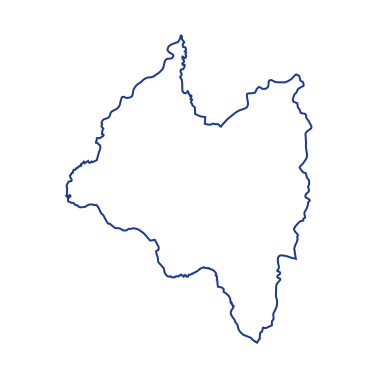 Wiang Chai, Chiang Rai, Thailand (Robinson projection), rotated 354°
{"feature_id": "78962969B32400228790118", "entity_name": "Wiang Chai", "entity_type": "district", "adm_level": 2, "iso_a3": "THA", "parent_name": "Thailand", "parent_adm1": "Chiang Rai", "projection": "robinson", "projection_center": [99.97, 19.862], "detail": "fine", "context": "isolated", "style": "outline", "palette": "blue", "viewbox_px": 384, "rotation_deg": 354, "n_neighbors": 0, "source": "geoboundaries", "source_scale": "gbopen_adm2", "svg_char_len": 5973}
<svg xmlns="http://www.w3.org/2000/svg" viewBox="0 0 384 384"><g transform="rotate(354 192 192)"><path d="M240.9,348.7L243.3,345.6L244.1,345.0L244.3,342.6L245.2,339.0L246.6,338.5L247.2,337.8L248.3,334.6L249.0,334.3L250.1,335.0L251.7,334.9L257.4,333.0L257.7,332.4L257.7,330.3L258.0,329.1L258.5,328.3L259.8,327.0L260.1,321.6L263.4,316.4L264.4,314.2L264.9,312.2L265.3,308.5L264.5,304.5L265.9,294.1L267.0,291.9L269.5,289.7L270.7,288.3L270.5,287.4L268.3,286.1L267.9,285.2L268.3,284.2L270.4,283.1L271.0,282.4L271.1,281.6L270.7,280.6L268.8,279.7L268.5,279.2L269.9,277.6L270.5,276.3L270.6,274.8L270.2,271.9L270.2,268.5L270.8,266.2L271.9,264.9L272.8,264.4L275.0,264.4L279.5,265.7L284.0,267.8L288.3,269.3L287.9,263.3L288.0,261.3L287.7,260.0L287.7,259.0L289.1,255.7L291.0,252.7L292.0,250.2L292.0,247.6L292.8,246.0L292.5,245.0L290.2,241.9L289.5,239.8L289.6,239.2L291.7,236.5L294.6,233.8L296.8,232.4L299.6,232.0L300.1,230.0L301.8,229.3L301.5,225.2L301.7,224.0L303.9,221.1L305.9,217.1L306.4,214.5L308.2,212.9L308.2,212.3L307.4,211.2L304.4,209.2L304.3,208.1L304.9,206.2L307.8,204.1L308.4,203.1L308.5,201.8L307.9,198.9L309.3,196.6L309.6,192.8L307.7,189.4L307.1,185.1L304.4,183.9L302.0,180.0L301.6,178.9L302.0,178.0L305.3,175.3L309.5,170.4L310.4,166.6L310.1,163.5L310.0,158.4L310.6,154.7L310.9,146.2L311.2,145.4L312.8,143.7L317.1,141.2L317.5,140.4L317.6,139.0L315.5,133.8L313.4,130.2L313.6,127.9L313.4,127.1L312.2,125.9L309.0,125.0L308.3,124.5L307.8,121.7L306.1,118.8L306.0,114.7L302.6,113.0L302.0,112.1L301.9,111.2L302.5,109.0L303.8,106.1L306.3,103.8L308.2,100.7L308.9,100.2L314.0,98.1L314.2,97.4L314.1,95.1L313.6,94.0L312.0,93.1L311.4,92.4L310.8,87.8L308.0,86.0L306.7,86.5L303.4,89.5L301.8,90.5L299.0,91.8L295.9,92.7L287.6,91.7L286.4,91.3L283.0,89.2L281.8,88.9L280.7,89.1L279.8,90.2L279.1,94.3L278.7,95.3L276.7,96.8L275.6,97.0L272.7,96.8L271.1,95.2L269.2,94.6L267.0,96.6L265.6,99.1L264.9,99.8L261.9,100.1L258.8,99.8L257.0,100.2L256.6,101.9L257.0,110.0L256.5,111.7L255.7,113.2L253.7,114.4L247.5,115.8L243.6,117.6L234.8,123.3L228.9,128.5L227.8,130.0L226.8,129.6L226.0,128.1L224.2,127.1L222.5,127.1L220.0,126.2L217.3,127.0L213.8,126.3L211.8,125.4L212.3,123.6L213.0,118.8L209.0,117.9L206.9,116.9L203.3,114.7L203.7,108.3L203.4,107.7L202.2,106.7L201.3,105.5L201.4,104.7L200.3,102.5L201.1,100.9L201.8,100.4L201.3,99.7L200.6,99.8L200.2,99.5L200.4,98.7L201.1,98.1L201.4,96.1L200.9,95.9L200.0,96.1L199.9,94.9L199.0,94.2L199.0,92.9L198.3,91.4L197.5,92.3L195.6,93.2L194.3,92.6L193.0,90.6L193.7,81.6L193.5,80.2L193.7,79.4L192.2,76.7L192.5,75.9L193.6,75.0L194.0,74.2L193.9,72.9L193.2,71.4L193.2,70.6L193.7,69.1L196.1,68.9L197.8,66.5L197.9,64.8L196.2,64.6L195.8,64.0L195.9,63.1L197.3,62.3L197.8,61.0L197.6,59.9L196.6,59.1L196.7,57.8L196.3,57.1L196.9,56.3L198.8,58.0L199.5,57.9L200.5,56.3L199.9,54.7L200.2,53.6L200.8,52.9L199.5,51.5L200.9,50.4L200.7,48.0L200.0,47.2L198.5,46.9L198.1,45.3L198.4,43.8L199.7,42.5L199.8,41.9L198.0,39.1L197.9,38.0L198.2,36.0L197.9,35.4L197.0,35.3L196.5,37.6L194.0,41.2L186.3,43.3L184.3,44.6L183.1,46.1L182.5,47.8L182.9,49.4L184.4,51.1L187.3,53.2L187.7,54.3L187.6,55.1L186.1,56.7L184.0,57.1L181.2,56.9L179.5,58.0L178.6,59.4L176.4,65.4L175.6,66.7L174.4,67.8L171.5,70.0L165.8,73.1L163.5,73.6L160.3,73.5L157.2,74.3L155.5,75.2L152.5,77.5L149.1,79.2L147.4,80.5L144.6,83.9L143.1,88.9L142.4,90.3L141.6,91.0L139.7,91.6L136.9,91.7L133.7,90.1L132.6,90.2L131.9,91.0L131.0,92.9L129.3,97.8L128.1,99.7L126.1,101.4L120.4,103.6L119.2,105.1L118.1,107.8L116.8,109.1L115.9,109.6L111.7,110.6L110.7,111.3L109.2,113.5L109.7,115.0L108.8,117.4L110.5,119.6L109.4,121.1L109.3,122.4L108.6,123.5L108.6,125.1L109.9,125.6L110.0,126.5L109.5,127.0L105.7,128.9L103.2,128.4L102.8,128.9L102.7,130.5L101.8,131.9L101.7,133.0L103.1,133.4L104.4,135.2L105.3,135.8L105.6,137.2L105.3,139.1L103.0,144.2L100.6,150.4L96.3,151.9L95.3,151.2L95.0,151.7L93.0,152.3L91.9,150.2L89.2,151.8L88.3,152.1L88.1,151.2L87.6,151.0L87.5,150.6L86.0,152.1L84.9,152.4L84.5,152.8L84.7,153.8L84.2,154.4L83.6,154.2L83.2,154.7L82.2,154.6L81.1,155.9L79.6,156.1L79.1,156.5L79.0,157.1L77.8,157.8L76.6,157.5L76.0,158.5L75.5,160.4L74.3,160.6L73.6,161.9L72.4,162.8L72.5,164.7L73.6,167.0L73.4,168.2L73.0,168.5L70.6,168.7L68.5,171.3L67.8,173.2L68.3,174.4L67.3,181.3L67.2,181.9L66.4,182.7L67.2,183.7L69.8,182.3L70.4,182.5L70.7,183.1L70.6,183.7L67.9,185.4L67.8,188.2L71.0,190.2L72.7,190.4L73.3,190.8L74.1,192.3L75.5,193.0L76.2,193.0L78.4,195.3L80.5,195.7L84.1,195.6L86.7,194.3L88.9,193.7L91.5,194.0L93.5,194.8L95.8,195.1L97.4,197.8L99.2,203.2L101.5,206.1L103.3,210.8L105.1,214.4L105.8,214.9L107.4,215.2L108.3,216.5L111.9,219.9L115.5,220.4L117.3,221.2L119.2,222.8L121.2,223.3L122.8,223.3L125.0,222.1L127.4,222.3L129.8,221.9L132.4,222.6L134.8,223.7L139.4,227.7L140.8,229.4L145.2,235.8L146.5,236.0L150.0,235.6L153.1,243.3L152.9,245.2L152.3,246.2L150.1,247.1L150.2,249.8L151.1,253.4L151.1,258.2L155.9,264.7L156.5,269.7L158.0,272.4L158.6,273.0L160.4,273.8L161.3,273.8L161.8,273.5L162.8,274.7L164.9,274.9L165.5,275.2L166.5,274.5L167.3,274.4L167.6,274.0L169.8,274.7L170.4,273.9L172.4,273.0L172.7,273.9L174.1,274.1L174.8,275.2L175.6,274.2L176.5,273.8L177.0,274.2L177.4,275.5L179.3,275.7L180.0,274.0L181.3,274.1L183.1,273.6L183.6,273.2L184.1,273.3L184.4,273.0L186.2,272.5L186.8,272.0L188.7,271.5L192.1,269.2L195.8,268.0L196.9,268.9L198.7,269.0L199.6,269.6L201.0,269.5L201.5,270.3L203.7,271.2L205.3,272.3L207.0,274.5L207.5,276.2L206.9,277.4L207.4,277.6L208.0,278.6L207.7,279.1L207.9,280.0L207.6,281.4L207.8,281.8L207.4,282.2L208.0,283.3L207.7,285.9L207.9,288.9L211.9,290.2L213.3,291.8L213.0,294.7L215.0,296.1L217.7,299.3L218.4,300.7L218.9,302.9L218.8,304.4L219.4,305.5L218.9,305.6L218.9,306.1L219.5,307.2L220.0,307.2L220.0,308.1L220.3,308.3L220.5,308.8L221.3,309.4L221.0,309.8L221.2,310.2L220.9,310.4L221.2,310.7L221.0,311.2L219.0,313.6L218.2,315.1L217.8,317.1L219.0,320.3L220.8,323.3L221.9,326.8L223.3,328.7L223.8,332.8L224.5,334.7L225.7,336.7L228.1,339.4L234.7,342.8L235.6,343.5L236.9,345.4L240.9,348.7Z" fill="none" stroke="#1e3a8a" stroke-width="2"/></g></svg>